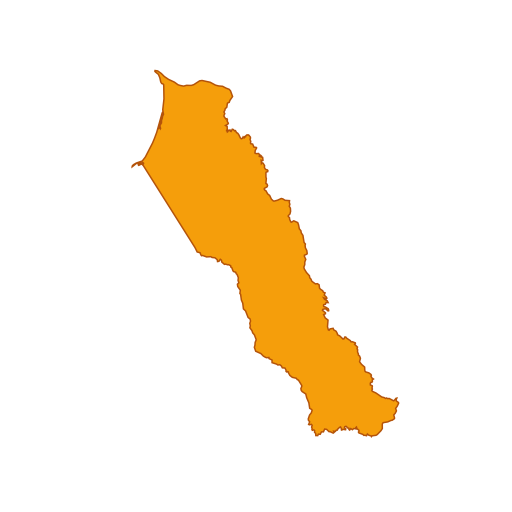 Zarumilla, Tumbes, Peru (Robinson projection), rotated 342°
{"feature_id": "86281439B62474480123859", "entity_name": "Zarumilla", "entity_type": "district", "adm_level": 2, "iso_a3": "PER", "parent_name": "Peru", "parent_adm1": "Tumbes", "projection": "robinson", "projection_center": [-80.243, -3.654], "detail": "fine", "context": "isolated", "style": "filled", "palette": "amber", "viewbox_px": 512, "rotation_deg": 342, "n_neighbors": 0, "source": "geoboundaries", "source_scale": "gbopen_adm2", "svg_char_len": 6129}
<svg xmlns="http://www.w3.org/2000/svg" viewBox="0 0 512 512"><g transform="rotate(342 256 256)"><path d="M310.0,463.4L310.9,462.9L314.7,463.6L316.1,463.3L320.8,460.8L322.8,459.2L324.2,454.8L325.4,453.8L330.1,454.5L333.6,454.1L334.7,454.3L337.2,453.6L337.7,453.0L337.9,449.7L339.8,448.6L341.7,446.7L341.7,444.1L343.9,442.5L346.2,440.0L346.2,439.3L344.7,437.3L345.0,435.8L346.0,434.7L345.2,434.6L342.7,436.2L342.1,436.2L338.7,432.7L337.1,432.3L336.3,431.4L335.2,431.5L334.2,430.3L332.0,428.9L327.7,423.3L324.9,420.7L324.6,419.6L325.6,418.5L325.5,417.5L326.4,415.9L326.4,415.2L324.9,414.0L325.4,412.3L326.2,411.6L327.1,412.0L328.0,411.2L328.2,409.8L329.7,409.3L328.5,407.7L328.2,405.8L328.9,405.0L328.7,404.1L327.2,402.0L324.6,400.2L324.1,399.3L324.1,398.5L325.0,395.2L322.9,391.7L321.8,388.6L323.7,385.6L323.6,383.2L322.8,381.9L323.1,380.7L322.9,378.6L323.7,376.5L323.4,375.5L324.4,374.0L322.5,370.5L323.5,369.9L323.6,369.3L321.3,367.4L319.9,367.0L319.6,365.7L316.7,362.0L316.3,360.8L315.3,360.5L314.2,361.9L313.1,361.9L310.9,357.8L309.2,356.1L309.4,354.9L308.9,352.3L307.1,350.2L307.0,348.6L303.9,348.2L302.6,349.2L302.0,348.7L302.1,345.4L304.7,339.2L302.7,336.3L302.2,332.6L304.2,332.4L304.5,331.5L302.4,328.2L303.0,327.4L305.3,327.5L306.1,328.0L307.4,330.4L308.1,330.6L308.4,330.1L308.4,328.5L306.4,326.1L304.8,325.0L304.8,324.2L305.3,323.2L307.1,323.3L308.3,321.9L310.2,322.6L309.9,320.6L307.8,318.3L307.4,316.7L309.6,318.4L310.4,318.0L310.2,316.7L308.8,314.3L310.3,312.4L308.9,311.3L308.7,309.6L307.1,307.6L306.5,306.3L307.1,302.9L305.9,301.3L303.9,300.9L301.3,297.3L301.1,294.9L300.4,293.3L300.7,291.3L298.9,287.3L297.9,283.1L298.1,281.3L299.7,279.3L300.6,276.7L302.3,274.6L301.9,271.4L302.3,270.2L304.9,270.0L305.5,269.4L306.0,266.5L305.5,263.4L306.0,261.0L306.7,259.9L305.9,258.0L307.0,250.9L306.2,248.0L306.5,245.8L305.6,243.6L306.1,239.4L306.0,237.1L302.8,234.2L300.2,234.8L299.7,234.5L299.3,231.8L299.7,229.8L298.9,228.4L299.2,227.6L301.3,226.5L302.7,224.2L303.5,221.1L303.0,219.0L304.2,217.2L304.2,215.4L305.0,213.7L300.8,212.0L299.2,210.0L297.8,209.1L293.7,209.6L290.3,209.4L289.5,209.0L288.2,206.7L287.7,202.6L286.3,200.6L285.6,197.0L284.8,196.2L284.5,195.0L284.8,194.3L288.0,193.6L288.8,192.5L288.7,191.0L287.8,190.1L289.8,185.5L289.8,184.2L291.1,180.0L291.7,179.3L293.2,179.4L293.7,178.4L293.4,177.6L292.0,176.7L291.5,175.5L291.4,174.2L292.1,172.7L291.4,169.9L290.6,169.2L289.7,169.8L290.5,166.5L291.5,167.4L292.2,167.2L292.8,164.3L291.9,163.7L292.2,163.0L291.7,162.0L291.0,163.0L289.9,162.3L290.7,160.7L290.1,159.3L287.8,158.7L286.8,157.7L287.9,155.4L290.0,153.4L289.7,152.7L287.7,151.9L287.4,148.5L285.7,147.6L285.6,146.9L286.4,145.5L286.4,143.1L287.2,142.2L287.4,141.2L286.4,138.6L284.8,138.0L283.5,138.5L282.9,139.4L282.0,138.9L281.4,140.0L280.9,139.8L280.5,138.8L279.5,139.9L278.2,139.9L277.6,138.9L277.1,135.2L276.5,133.5L275.6,132.6L275.2,130.4L274.3,130.4L273.6,128.8L272.6,128.1L270.8,129.9L270.2,129.5L270.2,128.1L268.8,128.2L268.3,127.6L267.7,129.0L267.1,129.2L267.2,128.4L266.7,127.8L267.9,126.4L268.6,123.8L267.3,122.5L270.3,121.7L270.7,121.2L270.2,118.4L270.9,117.8L270.8,116.4L269.6,116.3L268.7,113.3L269.1,112.2L270.3,111.0L270.0,109.1L271.6,107.6L272.1,106.5L274.2,105.5L275.9,102.1L276.3,101.7L278.0,101.6L279.2,100.0L283.0,97.1L282.8,91.1L282.0,89.2L279.3,87.0L276.7,84.3L273.0,82.7L270.3,81.0L266.1,76.6L258.9,72.4L256.5,72.0L249.8,73.8L247.3,73.8L242.5,72.2L239.7,72.1L236.5,70.3L234.8,69.1L232.1,65.4L227.4,61.0L224.3,57.0L222.3,53.1L219.7,49.6L217.3,48.4L216.9,49.0L217.2,49.9L219.3,53.1L219.6,56.8L219.2,61.0L219.6,62.8L220.6,63.5L221.1,64.4L220.8,65.8L217.0,78.2L212.5,88.1L211.8,92.7L210.4,94.1L209.1,96.6L208.4,97.0L207.2,100.3L205.2,101.9L204.7,103.4L204.7,105.1L204.4,105.4L204.3,104.0L203.1,104.5L203.1,104.2L205.4,100.7L206.1,100.4L207.1,99.4L207.8,97.1L211.6,91.9L212.0,90.0L210.9,91.0L199.8,107.7L195.6,113.0L192.5,116.6L181.3,127.7L177.2,130.5L170.8,130.6L167.6,131.3L166.1,132.2L165.8,132.9L171.1,130.9L174.1,131.5L172.2,132.7L172.4,133.5L173.0,133.5L174.7,132.2L175.1,132.2L174.2,133.3L175.4,133.1L176.1,133.8L175.9,132.8L176.9,132.1L177.3,132.3L176.9,133.3L178.1,132.6L176.6,134.5L200.6,229.2L201.3,234.0L203.8,235.6L203.9,237.8L204.3,238.9L205.4,239.0L208.7,241.6L212.9,242.7L213.7,243.8L216.4,245.0L218.0,247.5L217.7,249.4L219.1,249.6L221.0,248.1L221.8,249.3L221.6,251.2L223.4,254.2L224.5,254.3L226.5,255.7L227.3,255.8L228.9,257.4L228.6,258.6L229.4,259.8L229.5,263.0L229.9,263.9L231.7,265.2L231.7,266.7L232.3,267.7L232.5,271.2L231.4,273.6L231.4,276.2L229.6,277.1L229.2,279.4L230.5,283.7L229.1,286.7L229.5,287.8L228.5,293.3L228.8,296.8L227.7,302.4L229.1,305.0L229.5,312.0L230.9,314.1L230.7,316.2L229.3,318.1L229.0,320.7L228.0,322.4L229.1,325.8L229.1,328.1L230.1,330.5L230.3,335.1L230.2,335.9L228.5,337.9L227.4,340.6L226.2,342.3L226.3,346.5L230.5,350.3L232.1,353.5L233.6,355.2L234.6,356.0L236.9,356.5L236.7,357.6L239.1,359.9L238.3,362.4L242.2,365.2L243.1,366.4L245.1,366.8L246.1,368.3L246.5,370.5L248.9,371.5L249.3,373.9L248.9,375.0L249.4,375.8L250.4,375.7L250.9,376.2L250.7,376.8L251.3,380.0L253.0,382.6L256.5,384.7L257.1,386.4L258.0,387.1L259.5,393.3L259.2,394.2L257.7,396.0L257.5,397.8L258.0,399.2L260.7,402.6L260.4,406.4L260.9,412.0L260.0,417.4L261.4,419.1L261.7,420.0L260.2,422.2L257.8,423.8L255.4,427.0L255.1,428.3L255.8,430.3L254.0,432.5L255.0,433.2L256.5,433.1L257.1,434.4L256.0,435.9L256.1,437.3L255.6,438.2L255.7,439.2L257.2,439.2L257.8,440.1L257.2,441.8L257.9,443.1L257.4,445.3L259.2,445.9L260.3,444.7L262.0,445.4L263.9,443.5L265.8,444.1L267.8,441.8L269.6,442.7L271.2,445.7L272.1,445.9L274.7,448.3L275.8,447.9L275.7,446.6L277.2,447.4L278.5,446.5L279.6,446.7L280.2,445.9L282.5,444.8L283.6,444.7L283.8,446.4L283.5,447.9L283.8,448.1L285.0,447.7L287.5,448.9L287.9,448.2L287.0,446.8L287.6,445.8L288.6,445.7L289.4,446.1L289.8,447.7L291.1,448.5L290.8,449.7L291.3,450.5L292.8,449.4L294.0,451.0L295.7,450.3L297.8,451.4L297.9,450.0L298.7,449.7L298.6,451.2L300.0,453.6L299.8,454.5L299.0,455.1L299.2,456.1L302.5,458.7L303.1,459.9L304.4,460.2L305.3,461.0L305.6,461.1L306.9,459.7L307.9,461.3L310.0,462.8L310.0,463.4Z" fill="#f59e0b" stroke="#b45309" stroke-width="1.5"/></g></svg>